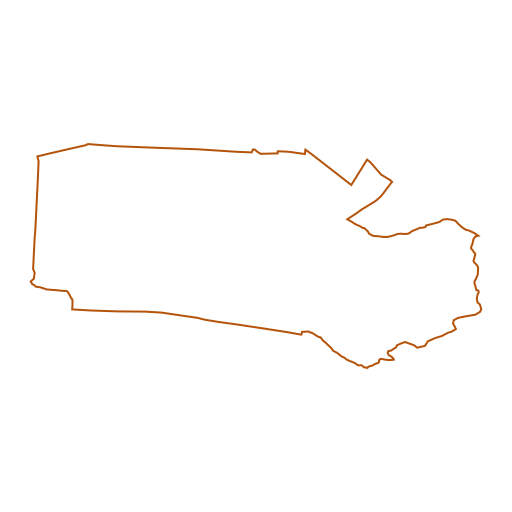 Covasint, Arad, Romania
{"feature_id": "2599482B42715428372947", "entity_name": "Covasint", "entity_type": "district", "adm_level": 2, "iso_a3": "ROU", "parent_name": "Romania", "parent_adm1": "Arad", "projection": "robinson", "projection_center": [21.613, 46.208], "detail": "fine", "context": "isolated", "style": "outline", "palette": "amber", "viewbox_px": 512, "rotation_deg": 0, "n_neighbors": 0, "source": "geoboundaries", "source_scale": "gbopen_adm2", "svg_char_len": 3291}
<svg xmlns="http://www.w3.org/2000/svg" viewBox="0 0 512 512"><path d="M367.2,367.9L367.9,367.4L368.0,367.2L368.5,366.9L369.1,366.4L371.9,365.7L373.4,365.1L374.3,364.4L374.8,364.0L376.7,363.4L378.6,362.7L379.2,361.1L379.0,360.7L379.7,359.4L380.5,358.9L383.0,359.2L386.2,359.8L389.4,360.1L392.3,359.9L393.8,359.6L393.5,358.7L391.6,356.8L389.7,355.6L388.6,355.0L387.7,352.8L388.3,351.1L390.8,350.7L396.2,347.2L396.7,345.5L400.0,343.9L404.9,342.0L414.2,345.3L417.2,347.7L419.4,347.2L421.1,346.8L424.9,345.9L427.9,341.3L434.8,338.2L441.8,336.0L448.1,332.7L450.3,332.1L451.7,331.6L455.9,329.1L454.7,326.5L453.0,323.5L453.7,320.3L455.8,319.1L457.9,317.9L463.2,316.8L469.8,315.6L475.3,314.7L480.0,311.9L481.3,309.1L479.8,304.4L477.4,302.3L476.8,298.2L477.6,294.5L478.7,292.6L478.3,290.5L476.4,290.1L475.4,286.3L474.5,283.4L474.5,281.4L476.2,278.4L477.8,274.3L478.0,271.3L478.1,268.5L477.9,266.8L476.6,264.8L474.1,262.3L473.5,260.9L474.8,256.2L475.2,254.9L475.1,253.4L474.1,252.6L473.3,251.1L471.6,249.1L470.9,248.0L471.3,246.8L472.5,243.5L472.6,243.2L473.3,239.9L473.5,239.1L475.4,236.4L477.9,235.9L478.3,235.8L477.1,234.9L474.6,233.2L471.6,231.8L468.6,230.4L466.0,229.9L461.6,227.0L458.0,223.6L455.4,220.7L453.6,220.2L451.7,219.7L446.7,219.1L444.8,219.4L442.9,219.6L439.4,222.0L434.6,223.3L431.6,224.1L426.2,225.4L425.4,227.1L421.0,227.9L419.8,227.7L418.2,228.6L414.6,230.1L412.2,231.0L409.7,232.9L407.8,233.8L403.7,234.0L402.1,233.7L398.9,233.8L397.0,234.1L394.0,235.3L391.2,236.1L387.6,236.9L383.8,237.0L378.8,236.3L374.1,236.0L371.9,235.4L371.5,234.9L369.4,234.0L367.9,231.5L365.8,229.4L363.9,227.9L362.9,228.0L359.6,226.0L357.1,225.0L354.3,223.5L350.8,221.2L347.3,219.3L347.9,218.9L357.3,212.7L362.1,209.2L367.1,206.2L374.6,201.6L377.0,199.8L380.7,196.5L383.2,193.5L384.7,191.4L388.5,186.4L392.0,181.9L391.8,181.8L391.3,181.3L390.6,180.4L386.8,178.1L381.0,174.5L375.2,167.8L370.6,162.5L368.5,160.8L367.1,159.6L351.3,185.0L311.8,154.3L305.4,149.6L305.3,150.1L305.0,154.0L300.3,153.4L290.6,152.0L286.0,151.6L277.7,151.3L277.6,153.4L260.7,153.8L257.8,152.1L254.8,149.6L254.0,149.6L253.0,149.4L251.7,152.4L236.7,151.8L198.2,149.3L145.9,147.4L116.2,146.2L102.4,145.2L88.7,144.1L87.2,144.3L87.1,144.5L85.8,145.2L70.6,148.6L48.6,153.7L39.5,155.9L37.4,156.4L37.7,157.8L38.6,161.0L37.9,178.0L36.3,210.0L35.4,228.7L34.6,238.7L33.1,269.0L34.7,272.9L34.2,276.2L33.9,278.6L30.7,281.5L32.3,284.2L33.1,284.5L34.0,284.9L35.7,286.6L36.1,286.7L40.2,287.3L45.6,289.0L46.3,289.4L56.5,290.2L60.3,290.6L64.2,291.0L66.1,290.9L67.0,291.2L67.7,291.8L69.9,295.6L71.1,298.1L72.2,299.2L72.5,301.2L72.5,304.4L72.2,309.4L91.1,310.5L117.8,311.4L144.7,311.6L161.6,312.6L176.5,314.8L197.8,317.9L200.8,318.7L205.3,319.8L218.2,321.9L239.2,324.8L272.8,329.9L286.9,332.1L300.9,334.6L301.4,334.6L302.0,331.9L307.9,331.5L308.5,331.5L310.7,332.7L311.4,332.6L313.0,333.4L316.8,335.9L318.9,337.1L319.1,337.0L319.4,337.2L320.0,337.2L321.0,337.7L321.5,338.6L322.7,340.3L326.3,343.3L331.7,348.5L333.0,350.7L334.9,351.7L336.9,352.7L341.2,356.1L342.6,356.9L344.4,357.7L345.3,358.4L346.5,359.5L348.3,360.3L350.2,361.2L351.9,361.8L353.6,362.5L355.3,363.3L356.3,364.1L357.3,364.8L358.2,365.3L358.9,365.4L360.8,365.2L361.8,365.4L362.7,366.1L364.0,367.4L365.6,367.4L367.1,367.6L367.2,367.9Z" fill="none" stroke="#b45309" stroke-width="2"/></svg>